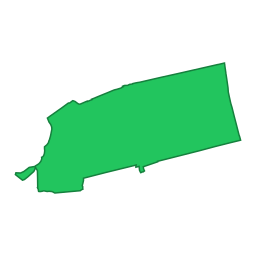 the district of Beciu, Teleorman, Romania
{"feature_id": "2599482B82424000393547", "entity_name": "Beciu", "entity_type": "district", "adm_level": 2, "iso_a3": "ROU", "parent_name": "Romania", "parent_adm1": "Teleorman", "projection": "mercator", "projection_center": [24.654, 44.01], "detail": "fine", "context": "isolated", "style": "filled", "palette": "green", "viewbox_px": 256, "rotation_deg": 0, "n_neighbors": 0, "source": "geoboundaries", "source_scale": "gbopen_adm2", "svg_char_len": 2162}
<svg xmlns="http://www.w3.org/2000/svg" viewBox="0 0 256 256"><path d="M37.6,188.0L38.0,188.8L38.3,189.5L38.4,190.5L38.6,191.4L40.0,191.6L42.0,191.3L43.8,190.8L47.1,191.5L49.2,191.3L52.2,191.6L54.8,193.0L80.3,190.7L81.3,189.9L82.1,189.4L82.8,189.3L82.7,186.4L82.2,185.8L82.9,183.2L83.5,180.5L83.5,178.2L105.3,172.6L134.7,165.4L136.2,165.0L135.9,166.2L135.9,167.2L139.1,166.4L139.5,170.2L140.3,172.0L140.8,172.7L142.4,171.9L143.2,171.9L144.5,170.9L143.6,169.0L143.3,166.7L146.0,165.8L157.7,161.8L157.6,161.3L170.7,158.0L199.9,150.6L215.2,146.5L228.7,143.1L240.6,140.2L239.8,137.2L239.5,136.2L239.0,134.9L236.6,125.5L234.1,115.9L232.1,107.8L231.9,107.1L230.8,103.5L229.2,96.3L228.5,93.0L228.3,92.2L228.2,90.8L228.0,87.8L226.7,78.6L226.3,76.0L226.1,74.7L226.0,74.2L225.9,73.7L225.8,73.3L225.8,72.2L225.7,71.7L225.6,71.3L225.5,70.8L225.5,70.1L225.4,69.6L225.3,69.2L225.0,67.0L224.8,65.5L224.7,64.4L224.6,64.1L224.5,63.6L224.5,63.0L224.4,63.0L222.9,63.4L218.2,64.5L217.9,64.5L178.3,73.5L161.6,77.2L147.3,80.5L146.4,80.7L140.8,82.0L139.0,82.4L138.4,82.4L137.9,82.5L135.3,83.0L132.7,83.6L132.6,83.9L131.2,84.2L130.6,84.3L129.9,84.3L129.3,84.5L128.4,85.0L127.8,85.3L127.3,85.4L125.9,85.4L125.6,85.4L124.3,85.5L122.5,86.3L122.6,86.5L123.1,86.8L120.8,88.1L116.2,89.5L115.5,89.6L114.1,90.0L111.6,91.0L108.8,92.2L107.8,92.6L100.9,95.4L91.7,99.2L92.0,99.6L87.4,101.5L87.3,101.1L86.7,101.3L80.0,104.2L78.6,104.0L77.2,103.1L75.1,101.5L73.3,100.8L72.7,100.7L69.6,103.0L68.4,103.0L61.2,108.3L58.9,109.9L50.8,115.6L47.4,118.1L47.6,118.5L48.7,121.3L49.0,121.9L49.1,122.3L49.4,122.6L50.3,123.9L50.7,124.5L51.4,126.2L51.8,127.6L51.7,127.9L51.9,129.0L50.9,134.1L50.4,136.4L49.7,138.8L49.4,139.9L48.8,141.1L48.5,142.5L48.0,143.3L46.9,144.8L44.5,146.8L44.5,148.7L44.7,150.7L44.5,152.6L44.3,153.8L43.6,155.7L42.7,156.8L41.6,157.3L41.8,158.7L41.4,159.9L40.9,161.2L39.8,162.7L38.8,163.8L37.4,164.7L36.1,165.5L35.1,166.4L29.2,167.4L24.0,171.4L20.6,173.0L15.9,172.8L15.4,174.6L22.5,180.2L24.5,179.5L28.1,176.6L30.2,174.7L31.1,173.9L33.8,171.5L34.9,169.3L35.3,167.0L37.4,170.7L37.6,178.9L37.6,180.5L37.7,187.2L37.7,188.0L37.6,188.0Z" fill="#22c55e" stroke="#15803d" stroke-width="1.5"/></svg>